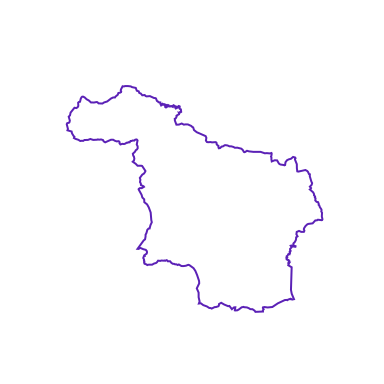 Thong Saen Khan, Uttaradit, Thailand, rotated 215°
{"feature_id": "78962969B33216342014207", "entity_name": "Thong Saen Khan", "entity_type": "district", "adm_level": 2, "iso_a3": "THA", "parent_name": "Thailand", "parent_adm1": "Uttaradit", "projection": "mercator", "projection_center": [100.412, 17.497], "detail": "fine", "context": "isolated", "style": "outline", "palette": "violet", "viewbox_px": 384, "rotation_deg": 215, "n_neighbors": 0, "source": "geoboundaries", "source_scale": "gbopen_adm2", "svg_char_len": 6038}
<svg xmlns="http://www.w3.org/2000/svg" viewBox="0 0 384 384"><g transform="rotate(215 192 192)"><path d="M336.6,193.6L337.0,187.4L335.9,184.8L336.2,183.0L333.0,180.4L332.4,178.8L332.5,178.2L333.7,176.8L333.5,175.7L329.8,172.5L329.4,171.1L325.3,172.5L323.9,171.2L321.2,170.0L320.0,169.8L319.7,168.5L317.9,168.7L315.0,169.6L312.8,169.7L311.5,170.9L310.5,171.4L309.9,172.9L307.1,175.0L305.7,177.1L302.8,178.0L299.7,180.4L299.3,181.1L298.2,181.5L296.6,182.9L294.7,183.5L293.4,182.8L291.6,182.9L288.3,188.4L286.6,189.6L284.7,189.7L282.6,190.3L281.5,191.4L280.8,191.6L279.9,191.3L279.3,190.3L277.9,189.9L276.7,191.5L275.2,192.3L274.3,193.5L273.9,194.8L272.9,195.5L272.7,196.3L271.6,196.9L271.6,198.5L270.8,199.1L270.1,200.2L268.8,201.0L268.6,202.1L267.8,203.1L267.2,203.3L266.2,203.0L264.5,199.2L262.8,198.3L261.6,196.7L261.5,195.3L262.0,194.0L261.8,192.3L262.4,189.4L260.9,188.0L260.0,187.8L258.4,186.3L257.6,184.5L257.9,182.8L254.3,182.8L251.7,182.3L248.7,184.4L247.7,184.7L242.2,182.5L242.0,182.0L241.9,179.6L242.7,177.7L242.8,173.6L241.3,172.4L240.3,170.3L238.8,169.6L237.8,168.4L234.9,168.9L234.3,168.7L235.4,166.3L236.9,165.3L237.4,164.0L237.2,163.5L231.7,160.8L229.5,159.0L227.0,158.6L225.2,156.3L221.7,156.1L218.6,154.6L214.1,151.5L209.2,145.6L207.6,144.2L207.0,141.0L205.8,137.8L206.6,137.2L206.9,135.4L205.8,132.3L205.5,130.3L204.5,128.9L203.3,126.3L203.8,124.7L204.0,114.2L203.0,114.8L202.8,116.1L202.0,116.6L199.1,117.2L196.7,118.1L195.0,117.6L194.2,116.7L193.8,115.5L194.7,113.0L194.2,112.6L194.7,112.3L194.1,110.0L192.6,109.2L192.0,108.2L191.3,108.0L191.1,107.2L190.6,107.0L190.5,106.5L189.7,106.0L188.1,106.5L186.7,106.5L186.2,107.3L183.0,109.6L182.0,111.7L180.8,113.1L180.4,114.3L180.4,116.3L178.4,117.4L177.9,118.2L175.2,119.9L175.0,120.3L174.4,120.4L173.7,121.6L173.1,121.7L172.0,121.4L170.2,122.7L168.2,122.1L166.5,122.2L165.4,122.9L164.4,123.0L163.3,123.8L161.8,124.0L161.2,125.1L158.2,125.3L156.4,126.5L154.7,128.1L153.3,130.2L152.2,130.6L147.1,130.5L144.0,129.3L140.2,126.9L135.2,123.2L133.7,121.3L132.8,115.8L128.9,113.4L126.2,109.6L123.0,106.7L122.4,104.6L121.0,105.9L117.9,105.8L114.2,106.8L111.4,106.9L110.0,107.7L109.0,107.8L107.5,110.6L106.3,111.6L104.9,113.5L104.8,114.2L105.6,115.8L104.5,118.0L101.0,118.3L96.9,119.2L96.0,120.1L92.1,118.9L91.4,121.6L90.4,122.4L89.0,119.6L88.7,119.7L87.0,121.1L86.2,122.8L85.2,126.0L83.8,127.5L83.3,127.5L80.7,129.0L78.8,129.4L77.0,129.5L75.2,130.7L72.6,130.7L71.3,130.2L65.3,134.8L66.1,135.8L66.0,137.0L67.5,137.7L67.7,138.2L66.7,139.3L63.8,140.8L60.2,143.9L57.8,150.1L54.0,156.7L52.7,157.8L51.8,158.1L51.6,158.9L50.4,160.6L49.9,160.7L49.8,161.2L48.3,161.3L47.0,162.7L51.9,165.8L54.8,168.6L67.2,187.5L71.1,187.2L71.5,188.9L71.9,188.5L72.2,188.8L71.7,189.5L71.7,190.4L72.6,190.1L72.9,191.3L73.4,191.2L74.0,191.7L74.7,191.2L75.8,191.1L76.3,192.2L76.8,192.2L76.6,193.1L77.3,193.2L77.6,193.6L77.2,195.0L77.5,196.2L77.1,196.9L76.4,197.0L76.7,198.3L77.7,198.9L77.8,199.7L77.4,199.8L77.4,200.2L77.8,200.2L79.0,201.6L78.6,204.6L79.6,204.3L80.3,204.6L79.8,205.2L79.0,205.2L78.0,205.8L76.4,205.7L76.2,205.3L76.4,206.2L75.9,206.5L76.1,207.0L78.1,206.5L79.2,207.4L79.4,208.4L79.1,209.8L79.3,211.9L79.8,213.2L80.7,214.6L80.1,216.2L82.3,217.3L83.3,219.4L82.0,221.5L79.6,222.0L77.5,223.5L77.7,224.7L79.1,225.7L79.4,226.6L79.5,229.2L79.0,231.7L78.4,232.6L75.2,235.5L74.7,239.4L73.3,240.6L73.0,241.5L69.6,243.3L69.3,243.7L69.5,244.5L71.6,246.4L73.6,249.6L74.9,250.2L75.5,251.5L76.1,252.0L78.7,253.0L80.0,254.0L80.9,254.1L81.3,254.9L82.9,256.0L84.3,255.4L86.2,255.8L87.2,257.7L88.2,257.9L88.6,258.9L90.2,259.3L90.7,260.2L92.5,261.2L96.9,261.7L96.6,262.6L96.7,263.5L98.5,264.0L98.1,266.5L98.7,268.2L100.2,269.0L104.6,272.5L105.6,274.1L106.5,273.8L108.5,275.0L109.7,275.3L111.8,275.0L116.6,269.7L117.6,269.3L119.7,271.6L122.1,274.9L126.2,277.6L126.6,278.1L126.6,279.1L127.4,279.4L129.3,278.7L130.0,276.0L131.5,274.2L132.4,272.5L132.5,270.0L131.2,267.5L131.7,266.8L132.4,266.7L135.2,265.3L136.3,265.1L137.2,265.2L140.4,266.7L142.4,265.5L144.2,262.8L145.7,264.3L146.7,265.8L147.6,266.3L147.7,267.1L148.7,269.1L149.3,269.5L150.3,268.3L153.1,266.7L154.5,265.5L158.9,264.2L164.9,260.0L168.6,258.0L170.6,257.3L171.4,255.3L172.0,254.6L172.6,254.6L174.4,255.5L176.4,255.8L180.3,254.3L182.3,252.8L183.8,252.7L186.1,251.9L187.5,250.9L189.6,250.5L191.4,249.6L192.0,249.1L192.9,247.0L193.8,246.2L194.2,244.1L195.1,243.2L195.7,243.5L196.9,245.0L198.0,244.9L199.4,245.4L199.9,246.2L200.6,246.5L201.4,246.3L204.1,244.1L205.4,243.6L207.4,242.0L208.5,241.5L210.1,242.1L211.3,244.6L212.9,245.6L222.4,243.7L225.9,243.9L228.1,245.6L229.1,245.4L230.4,245.7L234.1,245.0L236.3,243.5L237.3,242.5L239.7,242.2L241.4,239.7L243.4,238.2L247.0,240.7L248.1,242.1L247.7,242.6L247.6,243.4L247.9,245.1L248.4,245.4L248.3,246.1L247.2,248.3L247.5,248.9L248.1,249.3L247.7,249.4L247.9,249.9L247.7,250.6L247.1,250.7L246.8,251.4L248.5,253.3L249.7,253.1L250.7,253.6L250.8,254.7L251.4,255.1L252.2,254.8L252.2,253.9L253.7,253.0L252.5,252.4L253.2,251.1L254.2,251.5L255.3,252.6L256.9,252.5L257.1,251.8L256.5,250.7L257.2,250.5L257.7,250.8L258.6,250.4L258.9,249.5L260.1,248.8L260.4,248.8L260.7,249.6L261.7,249.5L261.9,249.1L261.3,248.5L261.3,247.6L261.5,246.7L262.1,246.2L262.8,246.3L263.1,246.9L263.3,247.6L263.0,248.3L263.2,248.5L265.1,248.0L265.1,247.3L266.8,247.4L267.0,247.0L266.4,246.3L266.9,245.2L268.5,246.1L269.3,247.2L270.9,246.3L271.8,246.6L273.0,246.5L274.9,247.8L275.6,248.0L277.1,247.2L281.5,246.4L284.0,244.3L285.1,244.0L286.4,244.3L288.2,242.7L290.4,243.3L292.0,242.9L293.4,243.9L295.3,243.3L297.8,245.0L301.3,243.5L302.7,243.4L305.3,242.0L307.6,240.4L308.3,239.4L309.5,238.8L309.0,235.2L308.6,234.3L307.7,233.8L307.4,233.1L307.9,232.1L309.1,230.9L308.6,229.1L309.4,226.2L309.3,225.3L310.8,224.2L311.9,222.3L313.4,217.5L315.4,214.9L316.1,213.1L319.4,211.0L321.0,211.3L321.7,211.0L323.6,209.1L326.1,207.4L329.0,207.8L331.5,207.5L334.1,207.9L335.8,207.7L336.6,207.1L336.8,206.4L336.7,204.8L335.5,201.7L336.3,200.8L336.5,199.9L334.5,197.3L334.3,195.8L334.9,194.4L336.6,193.6Z" fill="none" stroke="#5b21b6" stroke-width="2"/></g></svg>